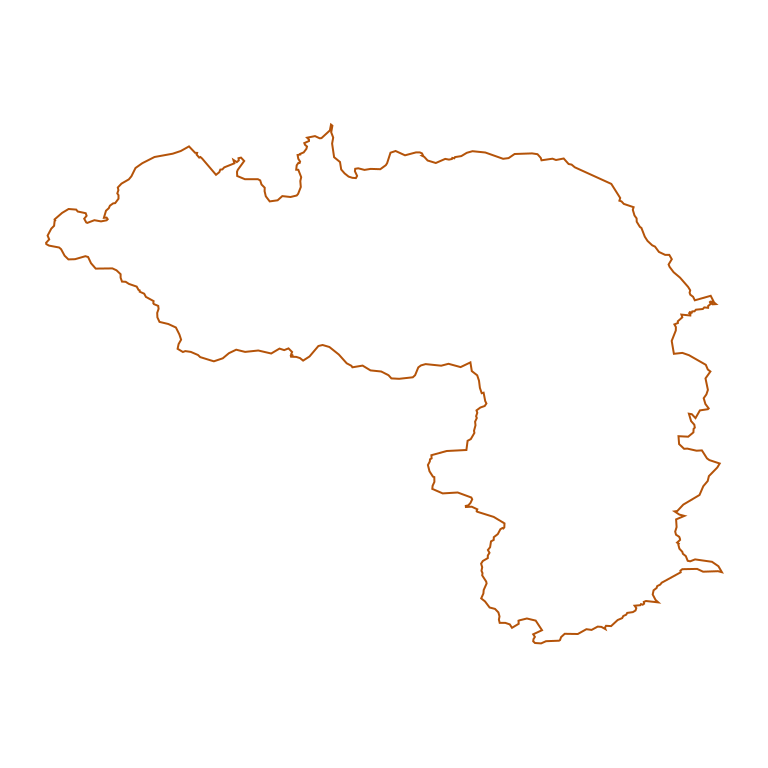 Almasu, Salaj, Romania
{"feature_id": "2599482B45956025048806", "entity_name": "Almasu", "entity_type": "district", "adm_level": 2, "iso_a3": "ROU", "parent_name": "Romania", "parent_adm1": "Salaj", "projection": "robinson", "projection_center": [23.079, 46.933], "detail": "fine", "context": "isolated", "style": "outline", "palette": "amber", "viewbox_px": 768, "rotation_deg": 0, "n_neighbors": 0, "source": "geoboundaries", "source_scale": "gbopen_adm2", "svg_char_len": 6098}
<svg xmlns="http://www.w3.org/2000/svg" viewBox="0 0 768 768"><path d="M687.7,560.8L685.8,556.1L682.9,553.8L682.3,551.8L679.4,548.7L678.3,544.5L678.8,543.7L677.1,542.6L680.1,539.9L679.9,538.6L679.2,536.8L676.0,534.7L675.2,531.6L676.6,527.1L676.1,519.4L684.4,515.9L679.4,514.6L674.6,511.4L677.3,511.0L683.3,504.6L699.5,495.0L703.3,486.2L707.7,481.0L708.9,476.1L717.3,467.5L719.7,463.5L709.4,460.1L707.0,458.4L701.9,450.4L696.5,450.7L687.3,448.6L684.1,448.8L679.1,444.1L678.5,436.2L688.2,436.7L693.4,432.4L693.6,428.9L694.8,427.6L694.3,424.7L691.1,421.1L688.9,413.7L691.8,414.2L695.5,418.1L699.9,410.4L707.9,409.2L708.7,408.4L705.4,404.0L703.7,398.2L706.4,394.4L707.9,389.9L705.5,378.4L710.4,371.5L707.8,369.5L705.8,364.8L689.0,355.2L682.4,352.9L673.9,353.8L671.7,340.9L675.8,330.5L675.9,327.1L674.4,324.4L677.9,323.0L677.8,321.3L682.3,317.3L681.4,314.6L690.3,315.5L690.4,313.9L689.2,313.1L689.9,312.1L691.7,312.7L692.3,311.4L694.5,311.3L695.9,309.7L702.8,309.0L704.3,307.4L708.1,307.8L708.2,305.9L710.8,303.9L709.9,302.1L710.4,301.6L712.4,301.8L711.9,303.7L712.5,304.3L716.0,304.1L714.1,302.5L710.7,295.8L694.8,300.3L693.1,296.8L690.3,294.7L689.6,292.7L690.2,290.3L688.1,286.9L680.0,277.6L673.6,272.2L669.6,266.9L668.6,264.5L671.8,259.2L669.3,254.9L665.2,254.9L658.9,251.9L655.0,246.6L652.2,245.3L647.5,240.9L644.8,236.7L641.4,227.9L639.9,226.9L636.7,221.7L636.6,218.4L634.5,215.5L632.8,209.8L633.6,207.2L623.8,203.9L621.5,201.4L619.4,200.7L620.2,198.0L611.3,183.9L574.8,167.3L571.6,164.6L568.6,164.0L563.7,158.5L556.0,160.0L552.5,158.7L541.5,160.3L540.7,157.8L537.5,154.2L532.1,153.4L514.6,154.0L508.6,158.1L503.1,158.8L485.3,152.5L472.5,151.2L466.8,152.8L461.3,156.1L455.0,157.1L454.3,158.3L452.3,157.9L451.9,159.0L449.0,159.6L445.2,158.9L435.8,163.0L427.6,160.5L424.3,156.9L422.0,155.7L423.0,155.4L422.0,153.4L419.8,152.4L416.0,152.4L405.0,155.3L395.6,151.0L390.5,152.7L387.1,163.2L385.8,165.2L380.3,169.2L370.6,168.9L364.5,169.9L358.2,168.3L355.2,168.8L354.9,171.2L357.1,175.9L355.9,178.1L352.3,177.8L348.6,176.6L344.6,173.4L341.2,169.5L340.0,162.0L334.1,157.2L332.1,143.6L333.2,137.6L331.2,132.3L332.4,125.7L331.0,124.6L329.9,130.4L321.5,138.1L319.7,138.3L315.0,136.1L307.1,137.7L309.0,139.6L309.0,141.0L304.3,143.1L305.0,144.8L307.0,146.5L306.4,148.8L303.7,152.4L300.1,153.9L300.2,154.5L297.6,155.0L298.3,158.8L300.1,161.6L299.6,163.0L298.4,162.9L296.7,165.3L296.2,169.7L298.3,169.8L301.2,177.2L300.3,181.0L300.8,187.0L298.1,193.9L296.7,195.5L290.5,197.0L282.3,196.1L277.6,200.3L269.7,201.4L265.8,196.3L264.6,191.2L264.7,187.7L261.5,184.5L260.2,180.4L257.9,179.2L244.9,179.2L237.2,176.0L237.0,171.8L237.8,169.8L244.2,161.0L241.0,157.6L238.5,158.2L238.8,160.4L236.8,162.1L233.4,159.9L234.4,163.3L224.2,167.4L222.4,169.4L220.3,169.6L219.3,172.2L216.0,174.8L202.1,158.5L200.4,157.0L199.2,157.6L196.6,154.6L197.1,152.9L195.1,152.8L189.0,146.4L180.8,151.0L172.7,153.7L154.5,157.0L142.3,163.2L135.5,168.0L131.4,176.3L128.8,179.4L121.5,183.6L117.8,187.5L118.4,190.1L117.3,193.4L118.5,195.2L118.5,198.7L115.2,203.1L113.1,203.4L109.9,205.7L108.8,208.2L106.0,210.7L103.9,217.8L106.6,217.6L107.7,219.2L106.6,220.3L101.0,221.4L94.4,220.2L87.3,222.9L86.2,222.4L84.2,218.7L86.6,215.8L85.7,213.2L77.7,211.5L76.2,209.6L68.6,209.0L62.1,212.9L54.6,219.4L55.2,220.5L54.6,221.0L54.1,225.8L51.3,228.6L47.6,235.6L49.2,239.4L46.1,242.8L46.3,244.1L49.0,245.6L59.1,247.5L61.1,249.2L64.6,255.7L68.4,259.4L75.0,259.2L85.4,256.2L88.1,257.0L91.0,263.2L95.7,268.6L112.4,268.4L116.5,270.3L120.6,274.2L120.6,277.7L122.0,281.6L125.7,281.8L128.9,283.9L136.7,286.6L138.5,289.9L139.7,290.4L139.7,291.7L144.2,293.7L145.9,296.9L153.6,301.1L153.3,303.2L153.9,304.1L158.2,305.9L158.6,308.8L157.2,312.9L157.3,315.3L157.4,317.4L159.5,321.9L168.3,324.0L175.9,327.5L179.4,334.5L181.1,339.7L178.6,344.1L177.6,348.8L182.9,352.0L185.3,351.1L190.8,351.9L198.0,355.0L200.2,357.1L210.8,360.4L213.9,361.3L222.8,358.3L228.9,353.2L236.2,349.7L245.1,351.9L258.3,350.5L271.2,353.5L279.5,348.6L284.2,350.1L288.5,348.4L292.1,352.0L291.2,354.2L292.2,355.0L290.8,355.7L291.0,356.7L296.3,356.9L300.0,358.1L303.1,360.6L309.5,356.5L318.4,346.0L322.6,345.0L329.4,347.0L338.8,354.5L346.7,363.3L351.4,365.8L352.4,367.3L362.6,365.6L370.5,370.4L381.2,371.5L388.5,375.2L391.4,378.4L399.2,378.8L412.8,377.3L415.1,375.2L418.3,367.4L421.0,365.4L425.6,364.1L441.2,365.7L448.5,363.8L460.6,367.1L470.4,362.4L471.8,371.1L477.2,375.3L479.0,380.7L479.9,387.9L481.7,393.2L483.6,392.7L485.2,401.0L486.4,403.5L484.7,406.0L480.4,407.5L476.5,410.4L477.3,412.8L476.1,416.2L476.8,418.0L475.1,421.7L475.5,425.3L474.0,430.8L474.4,432.9L470.8,439.1L467.6,440.8L466.4,450.0L446.7,451.0L431.4,455.2L431.6,458.4L430.0,459.3L429.8,461.5L427.9,465.0L429.5,471.3L432.9,476.6L434.3,477.1L434.4,481.9L432.6,485.8L432.3,488.9L442.7,493.4L457.7,492.5L471.3,497.5L472.2,499.3L470.5,502.9L468.3,505.4L465.8,505.9L465.9,507.0L471.7,506.7L477.3,509.3L476.6,511.1L477.1,511.7L493.7,516.9L504.5,523.4L504.3,527.4L503.3,528.5L502.5,528.0L500.4,529.2L497.8,534.1L493.8,537.2L493.7,539.9L491.0,541.4L490.1,547.2L487.9,550.0L489.5,552.8L487.8,555.5L487.8,558.1L482.8,561.0L481.1,563.7L482.2,567.2L481.5,570.8L482.5,573.1L482.2,575.4L486.2,581.6L486.6,583.5L483.7,590.0L483.4,593.5L481.2,598.4L485.0,601.4L489.6,607.5L495.0,608.9L498.4,612.4L499.5,616.4L498.9,619.6L499.7,622.9L505.4,622.9L509.8,624.4L512.0,627.8L518.7,623.8L518.5,620.7L519.6,620.3L526.9,618.5L535.7,620.6L542.0,630.2L533.2,634.3L534.9,636.9L533.5,639.1L533.2,641.3L535.0,643.0L541.1,643.4L546.0,641.2L559.0,640.7L560.0,640.1L561.1,637.1L564.7,633.8L577.8,634.0L586.4,629.2L591.6,629.9L597.7,626.6L601.4,626.9L605.4,629.1L604.9,627.8L606.0,625.8L611.1,626.1L617.7,620.0L622.2,618.1L623.3,616.0L626.2,614.7L627.2,612.9L632.9,612.1L635.5,610.5L636.3,608.1L634.6,605.7L640.3,605.2L641.0,604.1L642.7,604.7L644.1,603.7L643.8,601.9L646.0,601.0L658.3,602.4L655.6,600.0L652.7,594.5L653.6,590.3L656.6,588.0L657.2,586.1L660.2,584.6L661.7,582.7L680.7,572.3L680.4,570.7L682.3,569.2L697.1,568.9L703.1,571.7L718.0,571.2L721.9,572.2L718.4,566.2L712.0,561.8L695.1,559.4L690.2,561.3L687.7,560.8Z" fill="none" stroke="#b45309" stroke-width="2"/></svg>